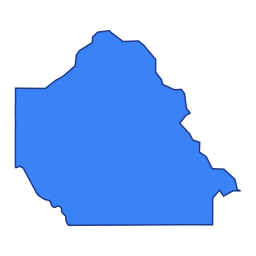 De Soto, Louisiana, United States of America
{"feature_id": "52423323B38676276985522", "entity_name": "De Soto", "entity_type": "district", "adm_level": 2, "iso_a3": "USA", "parent_name": "United States of America", "parent_adm1": "Louisiana", "projection": "robinson", "projection_center": [-93.77, 32.094], "detail": "fine", "context": "isolated", "style": "filled", "palette": "blue", "viewbox_px": 256, "rotation_deg": 0, "n_neighbors": 0, "source": "geoboundaries", "source_scale": "gbopen_adm2", "svg_char_len": 986}
<svg xmlns="http://www.w3.org/2000/svg" viewBox="0 0 256 256"><path d="M15.5,88.2L15.5,99.6L15.5,103.0L15.4,110.8L15.4,115.8L15.5,117.9L15.4,142.7L15.4,164.8L15.6,167.5L16.8,167.5L19.8,166.2L23.2,168.1L25.2,171.7L36.7,193.2L38.6,195.5L44.6,199.4L47.8,200.1L49.7,200.8L50.6,202.0L51.5,205.2L53.0,206.8L54.3,207.4L55.7,207.1L56.9,206.3L59.0,206.1L60.6,207.1L61.7,208.9L61.5,211.2L63.1,213.8L65.7,216.1L66.0,220.2L67.3,223.9L68.9,225.3L189.8,224.7L212.6,224.8L212.7,198.1L219.6,190.2L223.6,196.1L233.3,190.7L240.6,190.9L237.2,189.6L235.0,179.5L223.9,169.2L212.3,168.7L206.2,156.7L199.4,152.1L199.7,142.3L192.7,140.0L189.7,134.0L179.7,123.3L185.8,115.6L190.1,113.1L186.4,108.2L184.5,93.6L181.4,89.4L174.5,89.8L162.7,84.5L161.4,79.6L155.6,72.1L155.7,59.5L143.7,45.2L138.6,41.0L132.0,41.2L123.0,41.5L110.8,32.3L109.5,30.7L97.8,32.1L92.6,37.0L92.4,42.5L79.3,50.7L76.4,55.1L75.2,65.8L63.1,76.3L55.6,80.4L45.4,88.4L32.7,88.4L15.5,88.2Z" fill="#3b82f6" stroke="#1e3a8a" stroke-width="1.5"/></svg>